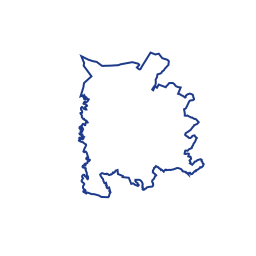 outline of General Canuto A. Neri, Guerrero, Mexico, rotated 310°
{"feature_id": "50627088B85246056724718", "entity_name": "General Canuto A. Neri", "entity_type": "district", "adm_level": 2, "iso_a3": "MEX", "parent_name": "Mexico", "parent_adm1": "Guerrero", "projection": "robinson", "projection_center": [-100.124, 18.444], "detail": "fine", "context": "isolated", "style": "outline", "palette": "blue", "viewbox_px": 256, "rotation_deg": 310, "n_neighbors": 0, "source": "geoboundaries", "source_scale": "gbopen_adm2", "svg_char_len": 5806}
<svg xmlns="http://www.w3.org/2000/svg" viewBox="0 0 256 256"><g transform="rotate(310 128 128)"><path d="M51.0,138.1L51.4,138.2L51.6,137.7L52.0,137.6L52.6,138.6L54.0,142.6L55.6,144.7L57.6,149.1L58.0,151.8L62.2,157.3L63.2,157.4L65.8,156.2L66.4,156.1L67.1,155.6L67.4,154.9L67.7,155.5L70.3,151.7L69.5,151.2L68.7,151.1L68.6,150.4L68.9,149.5L70.2,148.9L70.1,148.1L70.5,148.1L70.9,147.8L71.1,147.1L71.5,147.0L71.9,146.4L70.7,145.8L70.6,145.5L71.5,143.5L72.9,141.5L73.0,140.3L73.9,137.5L74.5,136.6L76.3,136.9L76.8,137.2L77.5,139.2L78.8,141.1L79.2,141.0L79.7,141.8L79.7,143.5L79.9,143.9L80.9,144.5L81.3,144.5L81.5,145.0L82.6,145.4L83.2,145.4L83.8,145.1L84.0,145.5L84.5,145.3L84.8,146.0L86.4,146.3L87.3,145.9L89.1,147.0L86.3,149.9L87.9,154.9L86.9,155.4L90.4,160.6L87.3,166.4L88.9,167.5L89.0,169.7L90.0,172.9L91.0,173.0L91.4,172.6L91.3,171.8L91.9,170.7L91.8,168.5L92.2,167.5L93.1,167.0L95.5,169.9L95.8,170.8L95.9,171.8L95.4,173.7L94.7,175.1L93.9,175.8L93.3,175.8L92.7,176.8L91.9,176.9L91.7,178.0L90.5,178.4L90.4,179.3L90.9,179.9L91.7,180.2L92.3,180.1L93.4,180.7L94.5,180.6L96.1,181.7L98.7,184.2L99.9,184.3L100.8,183.7L101.2,183.0L101.7,182.8L102.0,182.3L102.0,181.6L102.5,180.9L103.4,180.3L106.0,180.5L108.5,179.7L109.8,180.1L110.0,179.7L110.0,175.7L110.3,175.7L110.8,175.0L111.4,174.4L113.2,174.2L114.1,173.6L114.9,173.8L115.4,174.2L116.1,173.8L116.8,173.9L117.0,175.2L117.4,176.3L117.0,177.5L117.4,178.1L117.0,180.1L117.6,180.1L117.7,180.8L117.5,183.4L118.1,183.2L120.0,183.4L120.5,183.8L120.3,184.4L122.7,186.7L123.2,187.6L125.8,189.6L128.9,191.3L129.6,192.3L130.6,194.8L130.4,197.0L129.9,197.6L131.3,200.2L131.1,201.1L131.5,201.1L131.2,204.2L131.9,203.2L132.3,203.2L133.5,204.2L133.2,204.6L133.4,205.7L133.2,206.0L133.8,206.2L134.1,206.7L137.4,206.8L138.0,207.0L137.9,207.4L138.3,207.7L139.2,207.8L139.7,207.4L140.1,207.8L141.7,208.4L143.2,208.6L144.2,209.0L144.5,208.7L144.9,209.5L146.7,209.9L149.0,209.2L149.0,208.0L149.7,206.9L149.7,206.1L150.0,206.0L150.2,205.4L150.8,205.2L150.6,204.6L150.9,203.9L150.7,203.6L148.0,201.8L146.4,201.7L145.1,200.7L144.0,200.9L141.1,200.8L140.8,198.1L141.8,198.1L142.7,196.0L144.9,196.2L146.0,194.8L145.7,194.3L145.9,194.0L145.6,193.8L145.0,192.4L146.8,191.7L147.4,191.1L146.5,189.8L144.9,188.7L144.6,187.9L147.1,186.5L147.7,186.5L148.9,188.3L150.9,188.4L153.1,189.5L153.9,189.7L154.2,189.2L156.6,188.9L157.7,188.4L161.0,188.1L163.2,187.3L164.6,187.2L164.6,185.1L165.1,183.7L163.7,182.6L162.8,182.4L162.0,182.6L160.6,182.3L159.7,181.3L159.5,180.1L159.8,179.4L159.4,178.2L159.5,176.1L161.1,175.5L163.1,176.2L166.9,177.2L170.2,177.0L171.5,177.2L172.4,176.8L175.7,178.4L177.9,178.4L178.4,174.6L178.3,173.7L177.6,173.0L177.5,172.6L177.2,170.3L176.6,169.7L176.5,168.9L175.9,166.6L175.8,165.5L174.7,164.7L174.0,163.5L175.6,162.2L178.4,158.9L179.9,159.6L180.8,159.6L187.7,157.8L188.5,157.8L189.3,158.2L191.3,160.0L192.5,160.1L193.1,159.5L193.4,158.4L194.3,157.5L195.1,156.1L194.4,153.9L193.9,153.1L192.5,152.2L190.6,151.6L189.9,151.6L188.8,152.3L188.0,152.1L187.9,149.5L187.3,147.5L187.5,146.7L186.9,145.8L186.9,145.2L186.4,144.4L192.9,142.3L191.6,140.2L190.9,138.2L190.9,137.3L191.4,135.2L191.2,133.3L188.9,130.7L185.7,130.7L184.6,130.5L183.5,130.7L181.0,123.6L177.5,124.3L177.5,121.9L173.1,123.0L173.1,121.8L176.8,121.3L178.4,121.4L180.3,120.4L183.0,118.0L185.4,117.6L188.0,116.1L190.9,118.0L192.1,118.1L193.2,117.8L195.1,118.4L197.0,118.1L202.4,118.4L205.4,116.3L205.6,115.4L205.4,113.8L203.5,109.4L204.7,103.8L201.9,101.7L200.3,96.8L184.0,99.1L181.2,99.7L180.4,99.3L180.1,98.4L180.1,95.9L183.5,96.1L183.7,95.9L183.5,95.4L183.8,94.8L183.8,94.4L181.2,89.0L171.8,81.2L170.1,80.4L164.5,74.5L158.9,68.2L158.5,61.5L156.7,58.3L154.9,53.9L153.0,46.1L149.6,52.6L147.2,54.0L144.1,66.8L134.2,65.4L130.4,67.7L121.8,71.3L122.6,71.7L123.6,71.5L123.7,72.5L123.0,73.0L123.1,73.5L123.7,73.7L125.0,73.4L124.9,73.9L123.9,75.1L124.6,75.9L124.6,76.4L123.2,76.1L122.6,75.1L122.2,75.4L122.0,76.2L122.3,77.0L123.9,77.8L124.5,78.8L124.7,79.5L122.5,79.9L121.9,79.8L120.7,79.3L120.4,78.2L120.0,77.8L118.2,78.1L118.0,78.3L118.1,78.7L118.9,80.2L118.9,82.1L118.7,82.4L116.7,81.6L116.3,81.9L115.4,84.2L115.0,83.9L114.4,82.2L114.6,79.6L114.5,79.2L113.2,79.1L112.7,79.4L111.8,80.5L111.7,81.5L111.2,82.3L110.6,82.8L109.9,83.0L109.0,82.0L108.6,82.2L107.9,84.7L106.6,85.7L106.5,86.7L106.1,87.6L106.3,88.3L106.7,88.6L106.2,89.3L106.8,91.1L106.7,92.4L106.3,93.5L106.0,93.3L105.7,92.1L105.4,92.0L104.1,92.5L103.1,93.3L102.7,93.4L102.4,93.0L102.4,91.1L102.1,90.8L100.0,91.1L98.2,90.5L97.3,90.5L96.7,90.9L96.4,91.6L96.5,92.0L97.0,92.9L98.3,91.5L99.0,91.5L99.1,91.8L99.2,92.3L98.2,94.4L97.9,94.5L97.2,93.2L96.5,94.0L96.5,94.9L95.9,95.2L95.6,95.0L95.4,93.8L95.1,93.7L94.7,94.1L94.3,95.4L93.8,95.4L92.6,94.4L92.3,94.7L92.2,95.5L92.5,96.5L93.4,97.0L93.6,97.4L93.0,98.1L92.2,97.9L91.8,98.2L91.9,98.6L92.9,99.6L92.9,100.0L92.0,99.8L91.4,100.6L91.0,100.7L90.1,100.5L89.9,99.9L90.4,98.7L90.0,97.6L89.5,97.1L89.1,97.0L88.8,97.3L88.6,98.9L87.9,99.0L87.4,98.3L86.9,98.4L86.8,99.0L87.3,100.9L88.2,102.7L88.0,103.8L88.4,106.4L87.8,107.0L83.6,108.1L81.3,109.0L81.4,110.1L82.6,110.6L82.8,110.8L82.5,112.2L80.2,115.9L79.6,116.7L79.1,116.3L78.7,115.4L77.8,115.6L77.4,116.1L77.4,116.6L79.0,119.2L78.6,119.5L77.6,119.5L77.1,119.2L76.9,118.8L76.2,118.7L75.0,119.4L73.9,118.8L73.2,118.1L72.7,117.9L72.0,118.1L72.3,119.3L71.8,119.5L71.4,119.2L70.9,118.0L70.0,117.7L69.2,118.0L68.9,118.3L68.8,118.8L70.0,121.4L69.6,122.0L68.7,122.3L67.2,125.2L65.6,126.6L65.1,128.5L63.5,130.0L62.9,130.0L62.9,129.0L63.7,127.8L63.4,126.2L64.0,124.6L63.4,123.8L62.1,123.7L61.1,124.2L60.6,125.9L58.6,126.1L57.7,126.4L57.2,127.1L57.3,129.8L57.0,130.5L56.5,130.7L54.7,130.9L53.6,131.6L53.0,132.4L52.8,133.5L53.0,135.0L52.8,135.6L52.1,135.6L51.4,134.6L50.9,134.4L50.6,134.6L50.4,135.1L51.1,137.7L51.0,138.1Z" fill="none" stroke="#1e3a8a" stroke-width="2"/></g></svg>